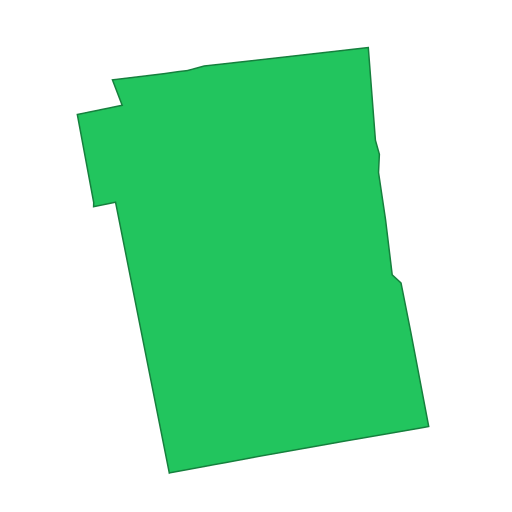 the district of Butler, Ohio, United States of America, rotated 259°
{"feature_id": "52423323B28721217330629", "entity_name": "Butler", "entity_type": "district", "adm_level": 2, "iso_a3": "USA", "parent_name": "United States of America", "parent_adm1": "Ohio", "projection": "robinson", "projection_center": [-84.591, 39.442], "detail": "fine", "context": "isolated", "style": "filled", "palette": "green", "viewbox_px": 512, "rotation_deg": 259, "n_neighbors": 0, "source": "geoboundaries", "source_scale": "gbopen_adm2", "svg_char_len": 520}
<svg xmlns="http://www.w3.org/2000/svg" viewBox="0 0 512 512"><g transform="rotate(259 256 256)"><path d="M55.7,393.0L151.2,393.4L201.8,393.2L211.5,386.1L267.1,390.1L314.6,392.2L332.2,396.5L346.8,395.3L439.2,406.0L448.8,285.3L452.4,241.4L451.1,224.0L451.8,215.1L452.5,200.8L456.3,148.7L429.5,153.4L429.0,107.6L339.5,106.9L335.4,106.0L335.6,128.4L59.5,129.5L59.6,129.9L59.6,130.9L59.4,149.2L59.2,175.4L59.0,186.3L58.8,220.2L57.4,306.1L55.7,388.7L55.7,393.0Z" fill="#22c55e" stroke="#15803d" stroke-width="1.5"/></g></svg>